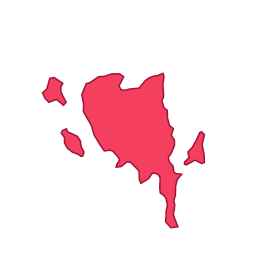 outline of Culebra, Puerto Rico, rotated 210°
{"feature_id": "32010507B36782575213222", "entity_name": "Culebra", "entity_type": "district", "adm_level": 2, "iso_a3": "PRI", "parent_name": "Puerto Rico", "parent_adm1": "", "projection": "natural_earth1", "projection_center": [-65.293, 18.314], "detail": "fine", "context": "isolated", "style": "filled", "palette": "rose", "viewbox_px": 256, "rotation_deg": 210, "n_neighbors": 0, "source": "geoboundaries", "source_scale": "gbopen_adm2", "svg_char_len": 2486}
<svg xmlns="http://www.w3.org/2000/svg" viewBox="0 0 256 256"><g transform="rotate(210 128 128)"><path d="M35.4,67.4L38.3,69.7L39.8,70.9L41.0,71.9L42.7,73.2L45.9,76.4L47.4,81.2L49.2,85.0L52.0,87.9L52.5,90.1L53.2,93.2L57.7,101.5L59.6,108.0L58.4,114.8L59.1,114.5L60.4,113.9L63.8,112.3L65.9,112.8L66.2,112.9L66.9,113.6L70.2,117.7L71.4,118.1L73.9,118.9L75.1,119.3L78.4,122.6L77.9,127.5L77.9,127.8L79.0,136.1L81.7,140.8L86.7,143.3L86.8,143.3L86.9,143.6L88.3,150.0L88.9,150.2L93.4,150.9L98.1,155.7L98.8,156.4L102.6,162.6L102.8,163.0L103.9,163.1L106.8,163.4L112.2,168.5L112.9,173.2L119.4,182.9L122.5,190.4L122.9,190.8L123.9,191.8L124.9,192.9L128.3,188.6L129.2,187.8L131.9,185.5L134.9,181.8L136.4,178.3L136.5,178.0L136.8,177.3L138.4,168.1L139.3,167.4L140.1,166.8L141.0,166.2L146.4,162.3L150.0,158.7L153.3,157.8L156.8,159.9L157.0,164.0L157.3,169.0L157.4,170.3L161.9,170.6L162.6,170.6L169.2,166.7L174.3,160.9L177.8,158.6L178.9,157.9L179.1,157.8L183.8,148.0L185.2,146.7L186.1,145.8L186.3,145.7L184.7,133.8L178.4,126.5L175.4,121.0L174.8,119.9L164.3,113.8L160.8,111.7L158.3,109.3L153.7,104.9L142.9,99.0L137.1,96.3L133.5,99.0L132.8,99.6L130.0,100.4L126.4,99.3L126.0,99.2L122.3,98.0L119.2,96.1L119.5,91.0L118.7,88.1L114.7,91.2L111.9,98.2L108.4,99.6L105.6,98.8L96.9,96.3L95.3,93.7L92.7,89.4L91.3,88.2L90.6,87.6L89.2,86.5L86.3,91.6L84.7,95.1L84.5,100.6L82.1,102.5L79.0,102.7L75.8,101.5L73.7,98.2L71.6,93.9L70.9,92.6L70.5,91.9L67.6,87.9L63.1,87.5L59.9,86.0L59.8,85.9L59.6,85.7L55.3,80.9L53.2,74.6L51.1,71.1L48.8,65.9L48.6,65.6L41.0,63.1L35.4,67.4ZM195.2,115.4L194.5,119.5L200.6,123.2L204.6,126.3L206.7,130.2L206.8,134.1L208.5,134.2L216.6,134.7L217.3,134.7L219.1,133.2L220.6,132.0L217.8,121.3L219.1,117.2L219.3,116.4L219.5,115.6L214.8,112.3L209.4,110.7L208.4,111.9L204.2,117.0L200.1,116.3L195.2,115.4ZM46.2,134.2L44.6,136.4L49.1,143.4L50.6,145.1L50.8,145.3L54.0,149.0L55.6,150.9L57.4,157.1L57.6,157.7L58.4,160.4L62.5,161.5L62.6,161.4L63.6,159.8L63.3,157.3L63.2,156.5L62.7,151.2L62.7,150.0L62.9,147.9L62.7,146.6L62.6,146.1L62.6,143.3L63.4,140.6L64.0,137.3L62.5,135.1L60.4,133.6L60.9,130.4L62.0,126.9L61.2,125.0L59.3,125.0L58.2,126.6L56.2,129.8L56.0,130.2L54.1,133.5L52.6,133.7L46.2,134.2ZM153.2,80.9L154.0,85.1L159.1,88.3L162.6,92.7L162.8,93.0L168.0,95.5L173.2,95.0L174.2,94.9L178.3,94.5L181.0,96.5L183.1,93.5L183.5,93.0L183.5,92.6L183.3,90.2L178.3,88.1L175.5,83.2L170.1,80.1L163.8,79.3L163.6,79.3L162.8,79.5L157.9,80.3L154.7,79.9L153.2,80.9Z" fill="#f43f5e" stroke="#9f1239" stroke-width="1.5"/></g></svg>